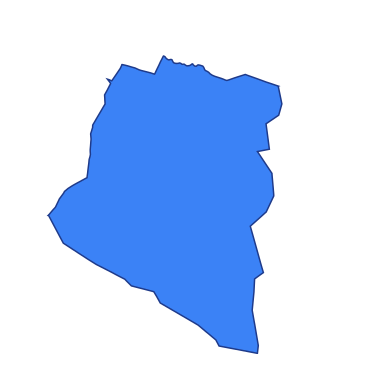 the district of Songinoxairxan, Ulaanbaatar, Mongolia, rotated 203°
{"feature_id": "93677404B95437285917288", "entity_name": "Songinoxairxan", "entity_type": "district", "adm_level": 2, "iso_a3": "MNG", "parent_name": "Mongolia", "parent_adm1": "Ulaanbaatar", "projection": "equal_earth", "projection_center": [106.709, 48.059], "detail": "fine", "context": "isolated", "style": "filled", "palette": "blue", "viewbox_px": 384, "rotation_deg": 203, "n_neighbors": 0, "source": "geoboundaries", "source_scale": "gbopen_adm2", "svg_char_len": 3202}
<svg xmlns="http://www.w3.org/2000/svg" viewBox="0 0 384 384"><g transform="rotate(203 192 192)"><path d="M153.9,323.2L160.7,322.7L166.5,322.2L176.5,321.7L186.3,321.1L188.9,321.0L190.4,319.7L194.6,316.1L197.6,313.5L202.0,309.5L203.5,308.3L204.7,308.1L207.5,308.1L209.6,308.0L212.8,307.7L215.0,307.5L216.1,307.4L218.9,307.4L221.2,307.8L221.6,307.9L223.2,308.6L224.5,308.9L225.8,309.0L227.2,309.1L228.3,309.7L229.1,310.6L230.2,311.5L231.3,312.1L233.7,311.9L234.9,311.7L236.0,311.4L236.5,310.9L237.1,309.6L237.5,309.3L238.9,309.0L239.8,309.3L240.9,309.7L241.3,310.1L241.9,310.0L242.6,308.8L243.4,307.7L244.1,307.1L244.8,306.8L245.3,306.4L246.3,306.1L247.4,306.2L249.0,306.6L250.1,306.2L250.9,305.7L251.5,305.7L252.3,306.0L253.0,306.0L253.7,306.0L255.2,304.9L256.9,304.1L258.5,303.8L259.6,303.9L260.5,304.5L261.2,305.1L262.1,305.9L262.9,305.9L263.6,305.6L264.8,304.6L265.3,304.5L266.2,304.5L266.7,304.6L268.1,305.0L269.8,306.0L270.8,306.1L271.4,306.0L271.5,305.6L271.7,302.2L271.9,300.0L272.0,296.8L272.0,296.1L272.1,294.3L272.3,290.5L272.4,287.4L272.5,285.9L272.8,285.8L276.4,285.5L277.2,285.4L279.2,285.1L283.1,284.5L285.0,284.2L286.3,284.0L288.4,283.8L292.9,283.9L296.7,283.4L300.4,283.0L303.0,282.6L306.2,282.0L306.3,281.9L306.2,280.6L306.3,278.8L306.3,277.8L306.7,275.8L307.4,272.2L308.2,268.2L309.0,264.3L309.3,263.0L309.5,262.9L312.0,263.0L313.9,262.8L311.4,261.4L309.4,260.2L309.3,259.9L309.6,255.9L309.7,254.5L309.8,252.9L310.2,249.2L310.4,247.2L309.8,246.0L308.8,244.0L308.1,242.5L307.1,240.5L306.4,239.0L306.8,236.2L307.5,230.6L308.1,226.0L308.6,222.3L309.1,218.2L309.5,215.3L309.5,214.7L308.8,212.8L308.6,212.2L308.6,211.6L308.3,209.0L308.1,206.5L308.0,205.9L307.7,205.3L306.9,203.8L305.7,201.5L305.6,201.2L305.4,200.8L304.6,198.3L303.5,195.1L302.5,192.0L302.2,191.1L301.5,189.5L300.4,187.3L300.2,186.9L299.8,185.1L299.7,184.5L299.4,181.9L299.3,181.5L298.3,178.4L297.6,175.9L296.4,171.7L295.4,168.4L294.7,165.7L294.5,165.0L294.2,164.2L294.6,163.7L295.6,162.5L296.9,160.8L298.0,159.5L298.4,158.9L299.6,157.4L300.6,156.2L303.2,152.9L304.7,150.9L307.5,146.8L307.9,146.0L308.7,144.4L309.6,142.7L309.7,141.0L310.1,139.2L311.4,133.8L311.4,133.2L311.5,130.6L311.7,126.2L311.8,124.6L312.3,123.1L312.8,121.8L313.1,120.9L313.9,118.3L314.6,115.9L314.8,115.4L315.2,114.3L314.9,114.4L312.9,112.8L294.3,97.7L290.4,94.6L270.9,91.1L261.2,89.4L251.8,87.9L238.9,87.0L233.6,86.6L229.4,86.2L220.1,85.5L219.8,85.5L217.3,84.4L211.6,82.1L211.1,81.9L202.4,83.2L200.5,83.5L189.1,85.2L188.2,85.3L183.4,81.8L183.3,81.7L177.8,77.4L152.4,74.2L145.2,73.3L134.6,71.9L134.4,71.9L123.7,68.6L123.2,68.5L112.1,65.1L111.0,64.1L110.2,63.5L106.9,60.8L94.9,63.4L69.0,69.0L68.8,69.1L68.9,69.4L68.9,69.5L71.0,76.6L82.6,94.7L84.2,97.1L90.4,106.7L95.9,124.1L97.7,129.0L100.4,136.4L100.3,136.6L100.0,137.1L97.7,141.0L94.8,145.7L98.1,149.7L99.8,151.8L101.1,153.4L109.7,164.2L118.4,175.1L125.0,183.3L118.8,196.4L116.2,202.0L115.9,202.5L115.6,210.0L115.2,220.3L115.9,221.8L117.9,225.6L119.1,227.9L125.0,239.0L125.7,240.4L125.8,240.5L126.0,240.6L147.6,254.8L146.9,255.3L146.4,255.6L137.5,261.6L150.5,283.7L142.2,296.6L143.7,308.2L153.7,322.7L154.0,323.1L153.9,323.2L153.9,323.2Z" fill="#3b82f6" stroke="#1e3a8a" stroke-width="1.5"/></g></svg>